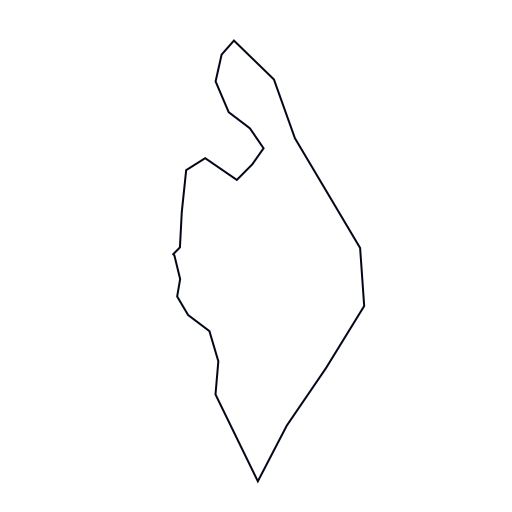 outline of Landskrona, Skåne, Sweden, rotated 244°
{"feature_id": "70781695B51244524104", "entity_name": "Landskrona", "entity_type": "district", "adm_level": 2, "iso_a3": "SWE", "parent_name": "Sweden", "parent_adm1": "Skåne", "projection": "natural_earth1", "projection_center": [12.956, 55.915], "detail": "fine", "context": "isolated", "style": "outline", "palette": "ink", "viewbox_px": 512, "rotation_deg": 244, "n_neighbors": 0, "source": "geoboundaries", "source_scale": "gbopen_adm2", "svg_char_len": 511}
<svg xmlns="http://www.w3.org/2000/svg" viewBox="0 0 512 512"><g transform="rotate(244 256 256)"><path d="M52.7,158.9L90.2,209.5L124.4,269.5L163.6,331.3L217.6,353.1L344.8,342.6L406.8,349.5L459.3,330.6L459.2,330.4L452.1,313.4L430.6,296.2L397.2,294.5L373.4,306.5L349.5,310.0L340.0,292.8L332.8,272.1L366.2,253.2L363.8,230.9L328.1,208.6L297.1,191.4L293.9,182.4L292.3,182.9L268.5,177.7L254.2,167.4L232.7,169.1L208.9,181.2L177.9,176.0L149.3,158.9L52.7,158.9Z" fill="none" stroke="#020617" stroke-width="2"/></g></svg>